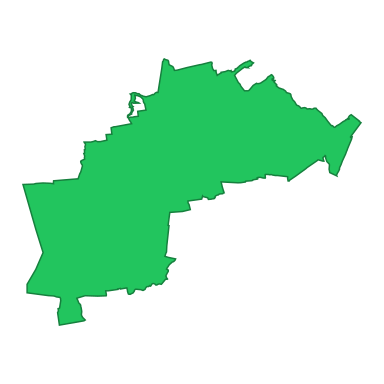 Dobroteasa, Olt, Romania
{"feature_id": "2599482B45493772728247", "entity_name": "Dobroteasa", "entity_type": "district", "adm_level": 2, "iso_a3": "ROU", "parent_name": "Romania", "parent_adm1": "Olt", "projection": "mercator", "projection_center": [24.342, 44.767], "detail": "fine", "context": "isolated", "style": "filled", "palette": "green", "viewbox_px": 384, "rotation_deg": 0, "n_neighbors": 0, "source": "geoboundaries", "source_scale": "gbopen_adm2", "svg_char_len": 5883}
<svg xmlns="http://www.w3.org/2000/svg" viewBox="0 0 384 384"><path d="M27.1,292.8L48.3,295.6L53.1,295.9L54.4,296.1L56.5,296.9L60.0,297.4L60.6,298.7L60.6,299.9L60.8,300.4L60.4,302.9L59.6,308.0L59.4,308.3L58.1,308.6L58.4,311.1L57.6,312.5L59.4,325.1L82.9,321.0L84.0,320.8L85.2,320.0L82.8,317.6L81.7,315.8L81.4,314.4L81.7,312.0L81.7,311.2L81.2,308.0L80.5,305.5L80.7,305.2L80.0,304.1L78.8,303.0L77.7,300.1L76.8,298.4L76.8,298.2L85.1,295.7L97.7,296.1L106.2,295.8L106.4,295.0L105.7,290.8L108.3,290.8L117.9,289.4L117.8,288.9L121.0,288.3L120.4,288.7L120.5,289.0L126.8,287.9L127.4,290.1L127.5,291.3L128.3,293.9L128.8,294.2L130.2,294.3L133.2,292.8L134.3,291.1L134.5,290.1L135.4,289.3L136.0,289.2L141.0,289.7L142.7,290.4L143.2,290.4L145.0,289.4L145.7,287.9L146.6,286.8L147.2,286.6L148.4,286.6L149.7,285.6L150.2,286.2L150.5,286.1L150.9,285.8L151.8,284.2L152.6,283.6L154.0,283.6L155.0,284.1L155.6,284.9L156.2,285.0L156.8,285.0L158.1,284.2L159.5,283.9L161.3,284.3L161.9,283.7L165.5,279.3L165.8,279.1L167.1,279.3L167.5,279.0L166.4,277.5L166.3,276.8L165.9,276.4L165.8,276.0L167.3,272.9L168.2,271.5L168.3,270.1L166.5,269.1L166.8,268.5L169.3,264.7L172.3,262.0L173.4,261.7L174.3,261.0L175.1,260.1L175.6,258.9L168.3,257.4L164.9,256.3L165.8,253.4L166.5,252.0L166.8,245.8L169.0,225.6L168.1,225.4L169.8,212.4L182.5,211.5L190.3,209.6L189.0,204.3L188.4,203.6L188.0,202.4L188.0,201.0L201.7,199.1L202.6,196.0L203.0,196.6L207.5,197.7L207.7,197.8L208.4,199.4L211.1,199.2L212.1,198.9L213.3,198.8L214.4,198.5L214.4,197.9L215.1,197.6L214.9,197.1L215.5,196.0L217.2,195.1L218.4,194.9L219.3,194.0L222.8,193.7L223.5,192.9L224.1,192.8L223.5,191.4L223.7,191.2L223.4,190.7L222.2,186.6L221.1,181.9L237.9,182.8L240.8,182.7L245.4,182.0L245.4,181.4L245.6,181.2L251.6,180.7L252.7,180.4L253.0,179.8L257.3,179.1L257.6,178.9L257.2,178.5L257.0,178.0L257.6,177.7L257.9,177.8L258.1,177.4L260.2,177.3L263.1,178.0L265.2,178.1L265.4,177.7L265.2,176.4L265.2,174.6L265.6,174.4L268.6,174.5L270.0,174.8L271.1,174.5L272.5,175.0L275.3,175.5L277.5,175.5L287.6,176.7L287.7,177.8L287.6,178.4L288.1,181.0L289.2,181.0L289.6,180.2L295.8,176.0L306.1,168.5L306.9,167.7L316.8,160.9L318.1,159.8L322.9,161.1L323.9,161.1L322.9,157.9L323.2,157.3L324.8,156.2L325.1,155.6L325.6,156.0L325.6,156.8L325.7,158.2L326.9,161.6L329.0,163.8L329.4,164.5L329.4,165.6L329.1,169.2L329.8,172.6L336.8,175.9L336.6,175.4L336.6,175.0L337.6,172.8L338.4,171.6L339.5,169.3L339.5,168.1L339.9,167.0L341.0,164.7L342.4,160.9L345.6,154.0L346.4,151.7L347.2,149.9L347.5,148.8L351.5,139.3L352.1,136.9L350.6,137.4L350.5,136.9L361.0,122.7L359.1,121.3L359.3,121.0L351.2,114.7L349.6,115.7L348.6,117.1L348.5,118.2L349.2,118.8L349.1,119.1L348.6,119.3L347.4,118.6L346.7,119.7L345.8,119.8L345.0,120.7L343.4,121.4L339.3,124.4L336.8,125.7L335.0,127.2L334.2,127.3L332.6,125.8L332.2,125.6L331.5,125.7L330.5,124.7L327.5,121.0L325.2,117.7L322.7,115.5L321.9,113.5L317.9,110.4L316.7,109.2L316.0,108.2L314.1,108.2L312.9,109.0L311.8,109.2L309.8,108.7L307.2,109.0L306.1,108.1L304.7,107.6L302.6,107.9L301.4,108.3L300.9,108.1L299.5,106.5L298.2,105.7L296.6,105.1L294.6,101.7L292.8,99.9L291.2,96.7L290.8,94.5L290.4,93.9L289.4,93.4L286.5,92.6L285.6,91.1L284.1,90.0L282.9,89.2L282.2,89.1L279.8,88.2L279.5,88.3L276.4,86.1L276.3,85.7L276.4,85.2L276.8,85.0L276.7,84.7L274.1,82.1L273.9,81.7L275.2,80.6L275.0,80.4L274.3,80.5L273.4,79.8L272.7,80.4L272.2,80.0L272.1,79.0L273.7,78.3L273.7,77.3L272.6,75.6L271.6,74.7L270.7,75.1L269.7,76.0L268.2,76.7L266.0,79.5L260.4,83.2L258.7,83.6L256.9,83.6L256.5,83.3L253.2,85.4L249.2,90.2L248.1,90.8L244.5,90.8L240.9,86.3L240.0,84.2L238.3,82.5L234.6,75.4L236.4,73.2L242.4,68.5L245.0,66.9L245.8,67.6L247.8,67.7L247.5,67.5L249.0,66.4L251.1,65.6L251.3,65.7L251.6,65.4L251.6,64.6L253.5,62.9L251.2,61.6L250.1,60.3L249.2,61.0L248.1,61.2L247.0,62.0L245.9,62.1L243.8,63.1L240.1,65.5L239.3,66.1L238.8,66.8L238.0,67.3L237.4,68.1L235.2,69.1L235.3,69.9L234.9,70.2L234.7,71.1L231.6,71.9L231.3,71.7L231.1,70.5L230.0,70.9L228.2,70.4L225.2,71.6L221.1,72.3L221.1,73.0L220.4,73.2L219.6,73.9L218.3,74.5L217.2,75.4L215.9,71.7L216.1,71.5L216.0,70.4L213.8,70.6L212.6,68.6L211.7,64.9L211.7,64.5L212.1,63.9L212.1,63.6L211.9,62.4L211.5,62.2L210.7,62.1L200.9,64.6L200.2,64.6L186.9,67.6L177.0,70.2L174.4,70.4L173.7,68.1L172.8,66.6L169.2,64.8L168.8,63.3L168.5,61.1L167.8,60.2L165.8,59.7L164.2,58.9L163.5,59.9L163.4,60.8L162.6,61.8L161.8,68.4L158.0,92.5L156.6,92.3L155.2,93.1L153.7,94.7L152.7,94.5L150.0,95.7L146.1,96.8L142.9,96.1L141.7,95.4L140.9,95.4L139.0,93.7L137.4,93.7L135.6,92.8L133.1,92.7L131.3,93.6L131.2,93.7L131.3,94.0L130.3,94.1L131.3,95.3L131.2,99.4L131.0,100.1L129.8,101.9L129.0,104.3L129.1,104.8L130.0,106.5L129.9,106.9L129.4,107.3L129.6,107.5L130.8,107.6L131.1,107.9L131.4,109.0L131.4,110.6L131.1,111.8L129.8,113.9L127.9,115.1L127.5,116.0L127.6,117.4L127.9,117.3L128.4,115.7L131.7,114.0L131.5,113.2L133.4,110.1L133.1,109.8L133.1,108.7L132.5,106.9L132.6,106.7L133.0,106.5L132.2,106.0L131.4,103.8L131.7,102.9L132.2,102.5L133.4,103.2L139.1,103.1L138.4,102.6L136.3,102.1L134.2,101.0L135.4,98.5L135.1,96.4L134.7,95.5L134.8,95.1L135.8,95.5L137.4,95.6L139.8,96.5L141.4,97.5L141.9,98.2L142.5,98.6L143.2,99.7L143.4,101.7L144.0,103.0L144.7,103.8L146.0,110.1L137.7,111.3L138.3,116.3L134.5,116.7L132.6,117.2L130.3,117.2L128.4,117.7L129.2,119.8L131.2,122.8L131.6,123.7L115.5,126.7L113.8,126.8L111.1,127.8L111.9,134.2L106.1,134.6L106.9,140.2L100.0,141.7L99.5,141.6L97.6,141.7L95.4,140.7L93.6,141.4L90.8,142.1L84.1,142.1L84.3,142.7L85.4,143.7L85.4,145.2L84.9,146.6L85.2,148.4L85.1,149.6L85.0,149.8L84.4,149.8L84.6,153.2L84.4,153.4L83.8,153.5L84.7,156.0L84.4,157.8L84.7,159.1L81.7,160.5L81.3,161.1L81.0,161.0L80.8,161.1L80.7,161.7L80.8,162.3L81.4,163.8L82.2,164.8L82.4,166.1L80.8,171.8L79.7,173.9L78.1,178.8L53.6,180.8L53.4,183.0L53.5,183.7L50.4,183.3L43.0,183.0L35.9,183.5L33.8,184.1L23.0,184.5L35.9,229.5L43.1,252.6L35.8,269.4L27.1,284.3L27.1,292.8Z" fill="#22c55e" stroke="#15803d" stroke-width="1.5"/></svg>